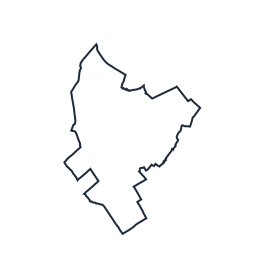 the district of Fartanesti, Galati, Romania, rotated 149°
{"feature_id": "2599482B98747268869186", "entity_name": "Fartanesti", "entity_type": "district", "adm_level": 2, "iso_a3": "ROU", "parent_name": "Romania", "parent_adm1": "Galati", "projection": "orthographic", "projection_center": [27.982, 45.802], "detail": "fine", "context": "isolated", "style": "outline", "palette": "slate", "viewbox_px": 256, "rotation_deg": 149, "n_neighbors": 0, "source": "geoboundaries", "source_scale": "gbopen_adm2", "svg_char_len": 5652}
<svg xmlns="http://www.w3.org/2000/svg" viewBox="0 0 256 256"><g transform="rotate(149 128 128)"><path d="M198.0,84.2L197.1,83.9L196.7,82.5L195.4,81.5L194.4,80.7L194.2,79.8L192.5,78.5L191.3,77.1L189.4,75.3L188.9,73.2L188.8,72.9L187.9,52.3L187.6,49.1L187.5,48.8L187.3,48.4L187.3,48.0L187.4,46.7L187.5,45.9L187.3,42.5L187.1,40.0L185.9,40.0L182.7,40.1L180.4,40.0L178.7,40.1L177.7,40.1L174.2,40.4L170.9,41.1L169.5,41.1L168.9,41.2L168.2,41.2L166.5,41.2L166.2,41.2L165.5,41.2L158.8,41.2L158.8,41.7L158.6,45.1L158.6,46.4L158.5,47.4L158.3,48.9L158.1,49.9L158.2,50.9L158.2,51.7L158.1,53.4L158.1,54.6L158.0,55.3L158.0,57.1L158.1,57.8L158.2,59.2L158.1,59.8L153.5,60.0L153.5,60.3L153.2,69.0L153.2,71.9L153.3,74.8L144.6,74.7L139.0,74.6L139.2,76.7L139.4,78.0L140.9,85.1L140.1,85.1L139.4,86.0L139.0,86.7L138.7,86.9L138.4,87.1L138.0,87.2L137.3,87.1L136.9,86.8L136.4,86.5L135.8,86.2L135.6,86.1L135.4,86.1L135.1,86.2L134.5,86.1L134.5,82.3L132.6,82.3L132.0,82.4L129.1,83.5L128.9,83.5L126.9,84.3L126.7,84.4L126.5,83.9L125.3,82.0L122.9,83.1L121.7,80.2L121.0,78.9L118.3,79.4L118.2,79.3L117.2,79.5L116.3,79.7L116.0,79.5L114.9,79.8L115.1,80.4L114.1,80.6L114.2,81.2L113.2,81.4L113.1,80.8L112.0,81.0L112.1,81.7L111.2,82.1L111.2,82.6L110.3,82.8L110.0,83.0L105.9,84.7L102.8,85.9L102.6,86.0L101.0,87.3L100.4,86.2L100.3,86.3L99.5,87.0L99.0,87.2L98.5,87.4L97.4,87.7L97.0,87.9L96.5,88.0L96.3,88.2L96.2,88.5L96.1,88.9L96.1,89.1L94.5,90.1L94.4,90.1L93.6,90.5L92.5,91.1L91.8,91.4L91.2,91.8L91.3,94.3L90.6,95.6L90.2,95.9L89.8,96.1L88.6,97.1L87.1,97.9L86.2,98.2L85.8,98.2L85.5,98.3L84.8,98.3L84.2,98.8L83.9,99.1L83.0,99.8L82.4,100.6L81.5,101.6L80.6,102.4L79.9,102.2L79.6,101.9L79.5,101.6L79.0,101.1L78.2,100.1L77.7,99.7L77.3,99.6L77.1,99.5L76.6,99.1L76.4,98.9L75.7,98.6L75.1,98.2L74.2,97.3L73.4,97.9L70.0,100.8L67.1,103.7L65.5,104.0L64.4,104.4L55.8,108.1L57.4,113.4L58.3,116.0L59.2,120.2L62.7,120.1L64.9,138.4L65.5,138.4L66.0,138.3L92.1,140.8L94.1,147.2L95.0,148.0L95.2,148.7L94.9,149.0L94.1,149.3L94.0,151.1L93.9,152.4L93.4,154.8L93.1,155.3L92.6,156.3L97.3,155.7L97.3,156.0L99.3,156.3L100.0,156.4L100.5,156.6L101.1,156.7L104.6,158.3L107.6,159.1L107.5,159.6L108.4,160.4L108.7,161.4L109.0,160.9L109.1,161.1L110.3,162.1L110.1,162.4L110.4,162.6L110.6,163.1L111.2,163.7L110.5,163.8L112.0,164.2L112.1,164.7L111.8,165.1L112.5,165.7L112.7,166.1L110.6,168.4L110.0,168.8L108.8,169.6L106.9,170.9L106.4,171.5L105.4,172.4L104.8,173.1L104.3,173.6L103.5,174.2L102.7,174.7L106.0,181.0L106.3,181.6L108.8,186.1L109.9,188.6L110.2,189.3L111.8,192.2L112.2,193.1L113.1,196.0L113.7,199.3L113.8,201.4L113.9,202.0L114.1,206.2L114.2,209.0L114.2,210.4L114.0,210.9L113.6,212.0L113.4,212.3L112.8,213.2L112.6,213.5L112.2,215.2L112.1,216.0L118.5,214.0L123.2,212.5L128.7,210.6L130.1,210.2L131.0,209.9L133.0,209.1L134.4,208.4L135.0,208.1L136.5,206.5L136.8,206.0L136.7,206.0L137.2,204.3L137.6,203.4L137.7,203.2L137.8,203.1L139.2,202.6L139.5,202.3L140.1,201.6L140.3,201.4L140.7,201.0L140.8,200.8L141.6,199.9L142.1,199.2L142.6,198.6L143.0,197.9L144.4,196.2L145.2,195.1L145.4,194.9L145.7,194.5L146.3,194.0L147.1,193.4L147.5,193.3L151.0,191.9L151.7,191.5L152.3,191.2L152.8,190.9L153.4,190.6L154.2,190.2L154.6,189.9L155.9,189.3L157.3,188.6L158.0,188.3L158.1,188.2L158.7,186.8L160.3,182.9L161.7,179.3L162.5,177.2L163.7,174.1L164.2,172.9L164.3,172.4L164.7,171.7L165.4,170.2L165.6,169.6L166.1,168.6L166.4,168.0L166.4,167.9L166.8,167.1L167.0,166.6L167.3,165.9L167.5,165.3L167.8,164.8L167.9,164.6L168.2,163.9L168.5,163.3L168.6,163.0L168.7,162.7L168.8,162.4L168.9,162.1L169.0,162.0L169.0,161.9L169.1,161.7L169.3,161.5L169.6,161.0L169.7,160.9L170.7,159.7L171.0,159.3L171.2,159.1L171.3,159.0L171.4,158.9L171.5,158.9L171.8,158.8L172.0,158.7L172.1,158.8L172.4,158.8L172.5,158.9L172.9,159.0L174.5,157.8L174.9,157.4L175.0,157.3L176.0,156.6L176.9,155.8L177.5,155.3L177.9,155.1L178.0,155.0L177.9,154.8L177.6,154.5L176.8,153.9L176.2,153.5L176.1,153.4L175.8,153.1L175.4,152.4L175.3,152.2L175.2,152.1L175.1,151.8L175.1,151.1L175.1,150.7L175.3,149.7L175.3,149.4L175.4,149.1L175.4,148.9L175.4,148.6L175.5,148.2L175.6,147.3L175.7,147.0L175.9,146.3L175.9,146.2L176.1,145.9L176.1,145.6L176.1,145.3L176.1,145.2L176.2,144.6L176.3,144.3L176.6,142.9L176.7,142.3L176.8,141.6L176.9,141.2L176.9,140.9L177.1,139.9L177.1,139.6L177.2,139.2L177.2,138.9L177.3,138.8L177.4,138.7L177.7,138.4L178.2,137.9L178.3,137.5L178.3,137.3L178.4,136.9L178.4,136.4L178.4,136.1L179.5,135.8L180.2,135.7L180.5,135.6L181.2,135.5L182.2,135.3L184.1,134.9L184.9,134.7L185.8,134.6L186.6,134.4L187.2,134.2L187.9,134.1L188.6,134.0L189.1,133.8L190.0,133.7L191.8,133.5L192.8,133.4L193.6,133.2L194.6,133.0L195.8,132.8L196.4,132.6L196.8,132.4L197.2,132.3L197.9,132.0L198.5,131.8L199.1,131.7L200.2,131.4L200.2,130.8L200.2,130.6L200.2,130.4L200.2,130.1L200.2,129.7L200.2,129.2L200.2,128.6L200.2,128.3L200.2,128.0L200.2,127.7L200.1,127.3L200.1,126.7L200.0,126.2L199.9,125.9L199.8,125.7L199.7,125.4L199.6,125.2L199.6,124.6L199.4,124.3L199.1,123.0L199.0,122.3L198.5,120.8L198.3,120.1L198.3,119.4L198.4,118.9L198.4,118.1L198.4,117.2L198.3,116.4L198.1,115.4L198.1,115.0L197.9,113.1L197.8,112.6L197.8,112.2L197.9,111.1L198.0,110.9L198.1,109.7L198.1,109.3L197.8,109.5L197.2,109.6L193.2,110.1L187.2,111.1L183.7,111.9L181.3,112.3L181.2,107.8L181.1,107.6L181.1,105.8L181.1,105.5L181.0,105.2L180.7,97.7L180.8,97.6L186.1,96.7L186.7,96.5L191.7,95.6L195.1,95.0L195.6,95.0L195.9,95.0L196.5,94.8L197.0,94.7L197.7,94.5L198.9,94.2L199.5,94.1L199.3,93.9L199.0,93.6L198.9,93.4L198.8,92.9L198.8,92.0L198.9,91.6L199.0,91.3L199.0,91.2L198.7,90.7L198.6,90.3L198.5,89.8L198.3,88.5L198.2,87.8L198.1,87.3L198.0,86.9L198.0,86.5L198.3,85.1L198.3,84.8L198.0,84.2Z" fill="none" stroke="#1e293b" stroke-width="2"/></g></svg>